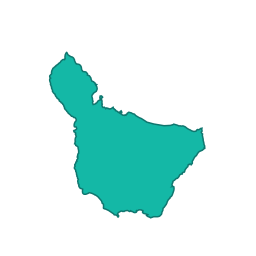 the district of North West Malekula, Malampa, Vanuatu, rotated 337°
{"feature_id": "77236927B23242879306276", "entity_name": "North West Malekula", "entity_type": "district", "adm_level": 2, "iso_a3": "VUT", "parent_name": "Vanuatu", "parent_adm1": "Malampa", "projection": "albers", "projection_center": [167.222, -16.023], "detail": "fine", "context": "isolated", "style": "filled", "palette": "teal", "viewbox_px": 256, "rotation_deg": 337, "n_neighbors": 0, "source": "geoboundaries", "source_scale": "gbopen_adm2", "svg_char_len": 5783}
<svg xmlns="http://www.w3.org/2000/svg" viewBox="0 0 256 256"><g transform="rotate(337 128 128)"><path d="M171.6,142.3L170.8,142.5L168.1,142.2L162.1,140.0L153.3,134.4L147.3,129.7L147.2,129.2L144.0,124.5L142.3,122.8L139.9,119.5L139.4,117.8L137.8,116.6L137.1,115.5L134.9,113.8L133.0,114.2L132.8,114.7L131.5,114.8L130.8,115.1L130.8,115.3L129.8,114.7L129.4,114.9L129.2,114.6L128.1,114.1L127.1,112.3L126.2,111.1L126.6,111.0L128.3,111.4L128.5,110.6L128.4,109.7L128.0,109.9L127.7,109.6L127.0,109.9L126.8,110.3L126.2,110.4L125.0,109.5L125.0,109.2L124.7,108.6L123.4,107.2L123.6,107.0L123.4,106.2L122.8,105.6L122.9,105.2L122.3,104.4L122.4,103.1L120.0,103.6L119.2,103.4L118.7,103.5L117.7,102.4L117.3,102.5L117.0,102.2L116.8,101.7L116.2,101.2L115.6,101.4L115.7,101.2L114.7,100.6L114.3,99.6L113.6,99.6L113.4,99.3L112.9,99.2L112.7,98.6L112.9,96.7L113.7,96.0L113.6,94.9L114.3,93.9L114.5,93.1L114.7,92.6L114.5,92.3L114.9,91.2L114.9,90.5L116.7,89.7L116.2,88.2L115.0,87.7L114.9,88.0L114.3,88.4L113.9,89.2L113.5,91.3L112.9,91.4L112.4,91.2L111.0,91.4L110.2,91.8L109.6,92.4L108.1,92.9L107.9,92.7L107.1,93.1L105.1,92.8L105.2,90.9L106.0,89.8L106.3,89.7L106.2,88.5L106.7,87.4L107.1,84.6L107.7,83.8L110.1,82.4L113.2,81.8L114.9,80.0L115.4,78.0L115.2,76.4L116.2,75.8L115.6,75.3L115.1,75.7L115.0,74.7L115.3,73.9L114.6,72.8L114.6,72.4L114.3,71.9L113.0,70.6L113.1,69.4L113.0,68.8L113.4,67.6L112.9,64.9L111.3,63.4L111.7,62.9L111.9,62.4L111.4,60.4L110.9,59.8L108.6,58.4L108.2,56.9L108.2,56.0L108.8,53.7L108.7,51.8L107.7,50.2L106.6,49.6L106.0,49.0L105.5,48.9L105.2,47.5L105.1,45.4L105.4,44.1L105.2,42.3L104.6,41.1L103.2,39.9L101.6,37.6L101.3,36.9L101.3,35.3L101.1,34.5L100.2,34.8L98.8,36.1L97.7,38.0L97.3,39.5L96.7,39.7L96.4,40.3L96.2,40.3L95.2,39.6L94.5,39.6L92.5,40.2L91.1,41.2L90.7,41.2L90.0,41.5L89.3,41.4L88.8,41.9L86.1,42.4L85.6,42.9L85.2,42.8L84.7,43.1L83.9,43.2L83.2,43.6L82.3,43.7L80.1,45.7L79.3,46.9L78.9,48.2L76.5,49.3L76.0,50.1L75.9,50.7L75.9,51.0L76.3,51.7L76.3,51.9L75.4,52.1L74.9,52.6L74.4,53.9L74.2,56.7L73.6,57.7L73.7,58.5L73.6,59.3L73.7,60.5L73.2,61.2L73.3,63.8L72.8,64.6L73.1,66.4L73.7,68.0L73.9,68.0L74.0,68.2L73.8,70.1L74.4,72.2L74.3,72.7L75.5,74.7L75.6,75.2L75.3,75.9L75.4,76.4L76.3,77.7L76.3,78.3L76.4,78.7L77.3,79.8L77.2,80.6L77.5,81.3L77.6,82.3L77.4,83.6L77.6,83.9L77.5,85.0L77.2,85.3L77.6,86.8L78.1,87.7L78.2,88.9L78.8,90.1L78.7,90.9L79.9,93.1L80.6,95.1L81.3,95.5L82.1,96.6L82.4,97.4L83.1,97.6L83.5,98.0L83.7,99.9L83.2,100.9L82.4,101.4L81.7,101.7L80.5,102.8L79.5,104.3L79.1,105.8L79.3,106.1L79.8,106.4L80.4,106.5L80.6,106.7L80.7,107.3L80.6,108.4L80.1,109.0L78.2,109.3L77.4,109.2L77.6,109.8L77.3,109.5L76.9,109.8L76.8,110.4L77.8,111.6L77.9,112.1L77.8,112.4L77.5,112.5L77.1,113.1L77.3,114.0L77.1,114.4L77.0,115.0L77.1,115.5L75.6,116.7L74.7,118.2L74.3,119.3L74.4,119.7L73.8,120.2L73.1,121.4L72.7,121.7L73.2,122.3L73.3,122.8L73.1,123.6L74.4,125.4L74.5,126.5L74.2,127.0L73.6,130.0L73.1,130.8L72.8,131.9L71.8,132.3L70.6,134.0L70.8,134.1L70.7,134.5L70.1,134.6L69.9,135.0L70.2,135.2L70.2,135.6L69.8,136.6L68.4,137.4L68.0,138.0L68.1,138.4L67.9,138.8L66.7,139.0L66.1,140.0L64.7,140.9L64.4,141.6L64.4,142.6L63.4,143.1L63.0,143.9L62.9,144.6L63.4,145.6L63.2,146.6L63.2,147.1L62.9,147.7L63.1,148.8L62.5,150.5L62.5,151.7L62.1,152.2L62.3,153.3L61.9,154.7L62.2,155.3L62.3,155.8L62.1,156.0L61.5,156.4L60.8,157.7L60.6,159.3L60.3,159.8L60.7,160.6L60.7,161.1L60.1,161.9L60.0,163.0L60.5,165.0L61.2,165.4L62.4,166.6L61.4,168.3L60.9,170.0L61.0,170.6L61.3,171.3L61.8,171.9L63.3,172.5L65.6,172.6L66.9,172.4L67.5,172.7L69.1,173.9L70.6,175.5L71.5,176.8L71.8,176.8L73.4,179.4L75.1,184.6L75.0,185.6L75.1,186.1L74.8,187.0L75.6,188.5L74.7,191.1L74.4,191.3L74.3,192.0L74.1,192.4L74.8,193.3L75.2,193.4L75.9,194.1L77.9,196.3L81.2,201.4L81.4,202.5L83.1,203.5L83.8,204.4L84.0,204.8L83.7,205.4L83.8,205.8L84.2,206.1L84.6,205.9L85.1,205.2L84.8,203.3L84.9,202.8L85.3,202.5L87.1,201.9L89.2,201.8L90.0,202.2L90.4,202.7L91.0,202.8L91.7,203.3L92.4,203.1L93.9,203.3L95.2,203.7L95.8,204.2L96.7,205.4L97.5,205.6L98.1,205.2L99.0,206.5L99.6,206.8L100.1,207.7L100.8,208.3L101.4,208.6L102.4,208.8L103.0,208.6L103.3,208.1L103.2,207.6L103.4,207.5L103.4,207.8L103.7,207.9L105.8,207.6L107.1,208.0L108.5,208.9L109.0,209.6L109.0,210.1L109.3,210.1L109.0,210.8L108.5,211.1L108.6,212.1L109.4,213.1L110.2,213.5L112.4,215.5L111.9,215.7L111.0,215.4L110.8,215.7L111.8,217.4L113.0,218.4L113.7,219.5L117.0,219.7L120.5,221.2L122.0,221.5L123.0,221.4L125.1,220.5L126.0,219.4L126.3,218.7L126.9,218.3L127.9,217.4L128.9,215.6L130.3,215.1L131.6,214.3L133.3,213.3L134.3,212.4L135.4,211.1L137.2,209.7L139.2,209.0L139.4,208.5L139.6,208.3L141.4,207.8L142.6,206.9L145.5,203.7L146.2,202.7L146.9,201.3L147.2,200.0L146.4,199.4L145.8,199.2L146.2,199.1L146.4,198.7L146.2,197.8L146.4,197.2L148.1,195.5L148.4,194.7L149.3,194.4L150.5,194.2L152.3,193.5L152.8,193.4L153.9,193.6L154.8,193.2L155.8,192.7L157.4,191.3L159.0,191.2L159.9,191.6L160.2,191.4L160.3,190.7L160.5,190.5L161.8,190.3L162.7,190.6L163.3,190.0L164.0,189.0L165.3,188.1L167.0,187.2L167.9,187.0L169.0,185.4L169.5,185.3L169.8,185.6L170.4,185.3L171.5,185.6L171.8,186.0L171.8,186.5L173.4,185.7L174.2,183.7L175.6,182.8L177.2,181.4L179.0,180.3L180.1,180.2L182.0,178.7L183.5,177.9L184.5,177.5L187.8,177.5L189.8,176.8L190.6,176.8L190.6,176.4L190.9,176.2L190.6,175.7L191.4,175.0L191.6,174.3L191.5,172.7L192.0,171.5L192.0,170.8L192.3,169.6L192.3,168.8L192.8,167.7L193.6,163.7L194.3,162.7L194.0,162.2L193.7,160.9L193.9,160.3L194.9,159.9L195.0,159.7L195.4,158.0L196.0,157.1L194.5,156.8L193.4,157.2L192.7,157.2L191.9,157.0L191.5,156.6L190.8,156.6L189.2,157.5L187.2,156.9L185.5,155.5L185.0,154.9L184.7,154.3L183.5,153.1L182.2,151.3L181.2,149.4L180.9,149.0L180.4,148.7L180.2,148.2L179.3,147.5L177.8,147.1L177.4,146.7L175.5,145.8L175.1,145.5L174.9,145.0L171.6,142.3Z" fill="#14b8a6" stroke="#0f766e" stroke-width="1.5"/></g></svg>